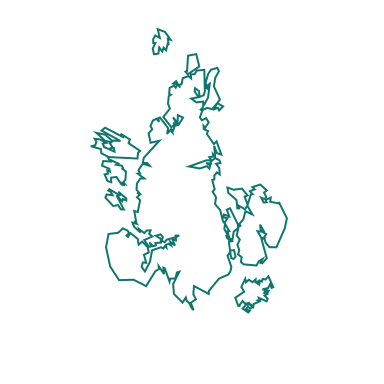 Fjell nor, Hordaland, Norway, rotated 37°
{"feature_id": "86288312B65460294234921", "entity_name": "Fjell nor", "entity_type": "district", "adm_level": 2, "iso_a3": "NOR", "parent_name": "Norway", "parent_adm1": "Hordaland", "projection": "robinson", "projection_center": [5.057, 60.356], "detail": "fine", "context": "isolated", "style": "outline", "palette": "teal", "viewbox_px": 384, "rotation_deg": 37, "n_neighbors": 0, "source": "geoboundaries", "source_scale": "gbopen_adm2", "svg_char_len": 6098}
<svg xmlns="http://www.w3.org/2000/svg" viewBox="0 0 384 384"><g transform="rotate(37 192 192)"><path d="M266.7,263.3L265.0,260.9L265.7,244.9L270.6,236.3L270.4,232.3L268.6,228.2L258.8,221.5L258.4,216.7L263.0,221.1L265.5,220.5L265.7,217.3L260.5,213.1L257.7,215.9L251.3,209.4L253.0,207.7L247.7,207.7L245.9,206.4L247.7,205.4L240.1,202.1L237.5,197.5L234.3,196.7L225.6,189.6L217.6,187.7L214.4,181.8L208.3,179.3L208.5,176.2L201.0,170.3L202.3,168.5L199.9,165.4L200.1,161.4L203.6,161.3L199.3,156.4L194.2,155.0L197.2,151.7L194.9,150.1L190.0,151.0L188.7,156.5L190.2,157.9L185.9,160.3L190.5,159.9L191.9,162.9L188.3,162.4L184.1,168.5L174.3,173.4L184.3,158.2L188.6,154.9L184.8,153.8L187.7,150.8L186.2,149.3L189.5,150.2L182.0,141.9L188.5,146.0L192.9,144.5L181.1,136.7L180.7,140.6L168.9,136.7L168.2,133.7L163.6,134.7L161.5,132.3L163.8,132.8L163.5,126.4L158.9,124.5L156.7,128.8L153.4,127.6L151.4,121.2L149.3,121.0L149.8,118.5L151.6,119.4L153.4,115.7L158.2,113.8L158.6,106.5L160.1,112.3L162.0,109.1L164.6,110.5L165.3,104.9L158.7,105.8L158.6,101.3L146.0,94.5L141.9,87.0L140.8,79.4L137.5,77.7L133.6,82.9L133.8,87.7L137.0,96.4L139.9,98.9L141.0,94.8L143.7,99.5L141.3,97.8L140.8,100.3L144.1,100.1L148.0,107.0L149.4,116.8L146.4,113.1L141.7,117.7L135.1,117.9L140.2,112.3L133.6,110.1L132.0,107.2L136.9,107.2L140.8,111.5L143.1,107.8L141.7,103.9L128.3,87.0L122.7,92.2L123.2,96.3L120.3,98.8L122.9,101.8L119.5,101.5L116.1,106.7L118.8,112.2L117.1,114.2L119.6,115.9L112.6,113.0L111.7,116.7L115.7,114.8L116.2,118.5L113.7,117.8L111.5,122.3L114.6,127.3L116.6,127.0L115.7,129.4L119.7,135.9L124.2,138.7L123.9,149.3L136.5,152.7L137.7,149.0L135.4,147.6L138.1,148.6L138.4,146.5L131.9,143.8L138.8,145.4L134.5,139.1L140.1,138.0L140.8,146.6L138.4,149.4L140.0,154.1L138.2,154.3L140.5,156.3L137.4,155.7L137.2,160.7L134.6,155.4L121.5,151.8L120.6,153.4L123.4,155.7L119.5,154.9L117.7,158.5L119.1,164.2L122.5,165.8L122.0,171.3L129.3,177.6L135.1,170.7L132.9,193.8L135.3,198.4L138.7,195.8L142.4,196.6L135.7,199.1L136.1,206.8L139.3,208.4L137.6,210.0L145.7,209.9L142.6,212.4L142.9,218.4L146.3,223.5L150.9,224.6L148.5,225.6L152.0,225.5L151.2,229.3L155.5,229.8L160.7,240.6L157.3,241.9L165.4,249.5L163.4,249.7L166.9,250.7L162.9,252.3L166.7,254.6L175.3,255.4L172.2,253.5L178.6,253.5L179.0,250.0L182.0,247.6L183.0,251.2L187.1,251.4L182.8,259.1L190.7,261.7L192.3,259.8L188.3,257.9L193.5,258.8L195.3,256.3L193.5,254.7L197.7,251.1L194.8,248.1L189.4,248.8L192.3,244.8L195.7,245.4L197.3,249.2L200.4,248.5L200.5,245.3L206.2,237.9L205.1,236.7L208.0,234.5L206.4,237.8L208.3,240.4L204.7,241.5L210.6,245.0L204.5,244.8L207.7,247.3L204.5,247.4L203.0,250.1L205.0,251.8L202.9,251.6L203.1,254.4L200.6,254.7L195.2,262.5L200.5,273.2L202.2,283.8L196.9,282.1L195.1,277.9L198.0,276.1L191.4,271.0L193.9,266.3L189.7,262.7L182.0,261.6L181.1,266.2L176.9,262.1L167.3,261.9L168.0,266.3L166.0,266.4L166.4,262.8L163.8,261.6L158.7,262.7L157.6,269.0L150.6,275.8L156.6,287.9L171.6,300.8L186.8,306.3L198.2,297.2L212.0,294.8L210.4,277.0L212.0,273.6L209.9,271.2L219.1,274.4L214.7,269.7L216.1,269.3L228.0,277.1L226.7,274.4L230.7,271.1L228.4,265.3L229.9,263.3L232.3,276.9L239.0,284.3L251.0,286.0L250.5,279.9L253.1,282.0L256.8,282.5L261.7,284.9L264.4,285.4L257.7,281.2L259.7,275.3L254.6,272.9L250.2,265.9L266.7,263.3ZM250.7,145.7L242.0,145.0L237.3,151.7L240.5,152.1L237.8,156.5L241.6,157.3L240.5,158.7L244.1,168.7L236.8,164.0L238.5,161.3L229.9,159.2L223.8,165.2L217.6,167.1L221.6,170.9L232.3,171.6L238.1,177.8L239.5,176.7L237.5,174.8L244.6,173.9L244.5,169.7L253.8,173.6L246.2,175.2L249.4,182.7L249.1,189.2L251.0,189.8L250.2,191.9L254.0,199.9L258.9,201.3L260.0,206.9L264.8,210.0L266.3,214.1L270.9,214.2L273.2,218.5L276.8,218.7L287.7,211.9L287.1,207.3L288.7,202.9L289.4,207.3L291.0,206.7L291.6,199.9L276.1,188.0L277.2,185.6L274.8,186.9L267.9,183.9L270.7,182.2L266.0,177.1L274.0,180.5L272.2,180.2L270.7,181.7L276.6,180.9L276.9,185.1L281.8,188.4L287.1,189.4L292.7,185.4L288.0,165.3L283.6,155.9L267.3,147.7L268.6,148.8L260.3,152.7L258.2,149.1L255.6,154.1L257.8,155.3L255.6,157.3L250.7,154.9L254.3,153.9L254.3,151.3L249.9,149.1L250.7,145.7ZM110.8,187.4L99.9,188.5L105.0,189.5L83.9,192.9L82.8,197.4L104.1,194.3L97.1,199.1L88.3,198.4L80.0,202.3L91.8,203.4L97.6,200.8L97.2,202.6L101.4,204.0L100.8,205.7L103.1,203.9L105.8,206.4L94.8,209.0L91.6,207.2L93.9,204.5L86.7,205.4L82.2,208.1L85.4,209.4L86.6,212.9L83.7,216.4L93.3,212.5L96.2,215.6L104.5,214.2L128.3,198.1L125.2,193.0L125.9,190.4L112.0,191.2L110.8,187.4ZM309.2,236.3L317.4,234.4L316.7,231.7L312.3,231.1L313.5,228.2L310.4,229.1L309.9,227.2L312.9,227.4L312.6,224.6L306.8,227.4L310.6,222.8L309.8,218.5L313.3,220.7L314.2,219.1L303.8,213.4L303.4,217.6L300.8,218.9L301.7,221.5L299.1,221.9L298.1,224.9L300.3,223.3L301.4,225.5L297.1,225.8L295.4,223.5L294.6,227.6L290.2,227.9L289.5,231.6L286.8,229.3L288.6,238.2L293.7,240.3L290.2,250.4L297.4,255.1L299.4,254.2L298.0,254.3L298.0,248.6L301.7,249.3L304.2,246.3L305.7,247.3L303.0,249.2L302.6,254.6L309.4,254.4L309.6,252.2L305.6,253.3L305.7,249.9L308.8,250.2L309.4,248.0L305.6,246.3L310.1,247.0L308.6,244.3L311.8,238.8L309.8,239.0L311.2,237.3L309.2,236.3ZM115.9,213.7L106.2,215.8L108.6,216.7L102.5,220.7L104.2,225.1L111.9,223.2L114.3,225.1L111.4,225.8L113.9,228.0L111.6,230.5L117.9,234.1L121.6,232.8L118.7,229.3L122.6,225.5L131.3,228.4L134.4,227.1L129.6,227.0L133.5,226.0L131.3,225.4L131.5,222.3L126.9,215.4L121.4,215.4L123.2,214.8L120.1,213.2L115.1,215.8L115.9,213.7ZM74.0,80.4L66.6,82.6L73.5,88.3L68.5,89.1L69.0,93.3L71.5,96.4L73.1,95.1L74.3,101.0L78.7,104.9L81.9,101.7L78.8,96.3L83.7,97.7L82.5,93.9L86.0,94.5L83.2,87.8L85.0,88.8L80.6,84.2L83.3,83.3L74.0,80.4ZM232.1,182.1L230.5,185.2L236.5,189.1L231.1,190.8L232.4,193.4L236.0,191.6L236.5,197.0L245.3,200.8L244.1,202.0L249.5,206.4L253.1,205.9L249.2,198.6L250.5,193.2L248.3,190.3L232.1,182.1ZM122.3,87.4L112.4,79.3L106.8,85.5L115.3,98.5L114.4,99.9L117.8,100.5L122.3,87.4ZM143.4,236.7L132.9,236.1L136.6,236.5L136.3,238.2L124.2,239.5L124.3,241.3L126.9,240.8L130.6,242.4L125.3,245.3L126.2,248.6L137.6,250.6L140.8,246.9L145.6,248.7L148.1,247.0L133.7,240.1L141.9,241.4L141.0,239.3L144.6,238.3L143.4,236.7Z" fill="none" stroke="#0f766e" stroke-width="2"/></g></svg>